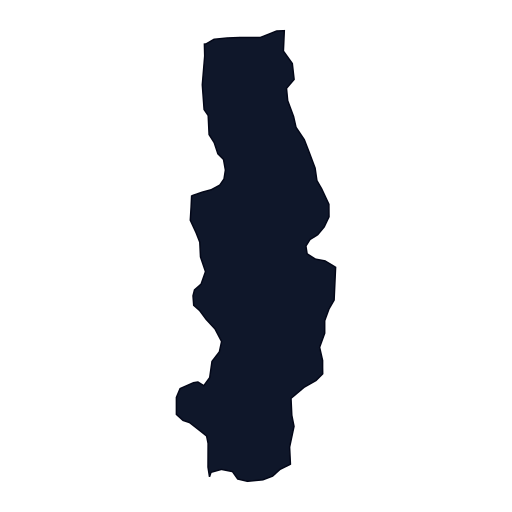 Gävle, Gävleborg, Sweden
{"feature_id": "70781695B31368722399437", "entity_name": "Gävle", "entity_type": "district", "adm_level": 2, "iso_a3": "SWE", "parent_name": "Sweden", "parent_adm1": "Gävleborg", "projection": "orthographic", "projection_center": [17.057, 60.688], "detail": "fine", "context": "isolated", "style": "filled", "palette": "ink", "viewbox_px": 512, "rotation_deg": 0, "n_neighbors": 0, "source": "geoboundaries", "source_scale": "gbopen_adm2", "svg_char_len": 1339}
<svg xmlns="http://www.w3.org/2000/svg" viewBox="0 0 512 512"><path d="M204.4,44.1L204.7,56.0L202.3,84.8L204.1,109.5L208.2,115.5L209.1,134.6L214.2,142.6L217.9,153.8L223.5,159.4L225.4,170.1L224.0,179.0L219.8,185.1L211.3,189.7L202.4,192.1L193.1,195.3L191.6,196.0L191.1,207.1L190.3,220.2L196.1,232.7L199.8,242.2L200.5,256.9L205.5,271.6L201.1,284.1L194.5,289.9L193.0,295.8L193.7,305.3L199.6,310.5L206.2,319.4L215.0,328.9L221.6,341.5L219.4,351.8L212.0,361.4L209.7,377.6L203.8,385.7L197.9,382.0L193.5,382.7L180.1,388.6L176.4,397.4L176.4,414.4L183.0,420.4L189.6,422.6L199.2,430.1L206.6,436.0L208.1,443.4L208.0,467.1L209.5,476.8L211.0,472.3L221.4,469.4L232.5,471.6L237.7,479.0L247.4,481.3L262.9,479.8L272.6,476.1L280.0,469.4L290.4,464.2L290.4,463.7L289.6,447.1L294.0,426.4L291.8,415.3L291.0,398.3L304.2,387.2L316.0,380.5L322.7,373.8L322.6,367.6L322.6,360.5L319.6,347.3L324.7,333.2L324.7,320.7L329.0,308.9L334.1,300.1L335.6,267.3L325.0,260.9L315.4,259.1L307.1,253.8L305.9,246.0L310.0,239.5L317.7,234.7L324.2,226.9L329.0,216.8L328.9,204.3L321.7,188.9L316.9,180.6L315.1,168.1L309.1,152.1L304.3,139.7L296.0,127.3L293.6,116.6L287.7,100.7L286.5,88.3L294.1,79.4L292.3,63.5L283.4,51.1L284.3,30.7L276.6,31.0L268.7,34.2L260.3,37.5L249.2,37.5L239.5,37.5L227.0,38.0L214.0,39.3L206.1,43.9L204.4,44.1Z" fill="#0f172a" stroke="#020617" stroke-width="1.5"/></svg>